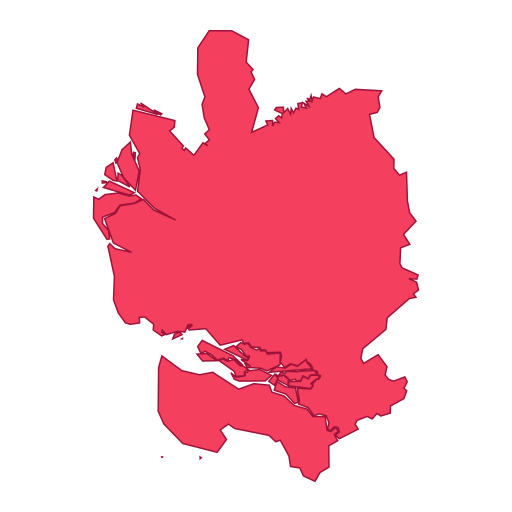 Kubu Raya, Kalimantan Barat, Indonesia
{"feature_id": "22746128B69090577702614", "entity_name": "Kubu Raya", "entity_type": "district", "adm_level": 2, "iso_a3": "IDN", "parent_name": "Indonesia", "parent_adm1": "Kalimantan Barat", "projection": "albers", "projection_center": [109.326, -0.379], "detail": "fine", "context": "isolated", "style": "filled", "palette": "rose", "viewbox_px": 512, "rotation_deg": 0, "n_neighbors": 0, "source": "geoboundaries", "source_scale": "gbopen_adm2", "svg_char_len": 6122}
<svg xmlns="http://www.w3.org/2000/svg" viewBox="0 0 512 512"><path d="M404.0,388.3L407.2,381.8L404.8,376.9L393.6,381.2L388.5,379.3L385.1,374.9L387.0,366.7L378.1,354.7L363.6,363.4L360.8,358.4L362.8,348.7L385.9,329.4L387.2,317.8L409.4,298.5L416.0,297.3L413.4,293.9L418.5,290.0L416.6,282.2L408.9,278.7L416.9,279.1L418.1,275.0L402.3,268.0L399.9,263.8L400.6,247.9L409.8,244.3L403.5,234.4L416.0,221.2L409.7,212.7L407.4,201.1L406.5,172.2L399.5,175.2L393.8,168.4L394.0,159.2L374.1,137.6L369.5,114.4L377.2,112.4L379.9,107.6L378.2,96.7L381.7,90.8L355.3,89.3L345.9,93.9L339.3,88.4L326.4,96.7L322.0,93.8L320.1,98.6L313.5,97.0L312.1,101.0L311.1,95.6L309.8,99.4L306.9,98.3L310.1,101.3L306.1,101.2L309.0,106.2L303.7,103.1L306.4,108.2L301.5,106.9L302.2,102.8L297.9,103.5L298.7,109.4L296.0,108.1L293.5,112.9L291.2,108.5L290.6,114.3L287.7,108.6L283.8,112.6L283.3,107.2L276.3,107.5L274.6,109.9L282.2,113.5L281.6,118.0L278.7,115.8L275.5,118.6L279.3,122.7L274.6,122.2L272.6,126.1L272.6,120.5L265.9,121.0L267.8,124.9L251.6,132.4L258.4,107.7L248.9,89.2L254.6,79.4L251.0,72.0L253.0,69.6L246.2,62.1L248.6,39.8L231.7,30.8L209.2,30.7L197.8,47.9L197.5,74.4L204.9,96.9L202.1,104.4L204.2,117.8L209.3,129.7L204.7,134.0L209.4,139.8L205.2,143.3L207.7,146.0L203.0,142.7L193.9,155.3L185.6,147.9L184.4,150.3L182.0,148.6L183.3,145.9L169.6,130.9L174.3,127.2L174.9,120.6L133.0,110.2L129.4,135.2L139.7,153.6L137.5,157.6L140.3,169.6L137.6,191.2L154.4,208.2L175.7,220.1L153.4,209.8L143.4,199.5L134.1,203.5L120.2,205.8L115.4,213.4L104.6,218.6L113.4,243.0L131.6,252.4L115.1,248.7L109.7,243.6L107.9,246.2L114.4,276.3L113.5,299.8L118.3,313.0L125.4,322.8L130.3,324.3L139.6,322.9L139.4,317.3L144.6,317.0L153.7,324.2L153.2,330.0L161.7,335.9L164.7,334.6L161.7,332.1L162.3,330.2L166.4,334.6L177.6,331.3L184.9,332.1L188.0,324.9L191.3,324.4L191.9,324.8L191.7,325.9L188.4,328.5L189.3,330.0L205.8,328.7L220.2,345.2L241.8,339.9L243.9,343.2L248.7,342.9L251.6,347.0L259.9,347.5L260.9,349.9L265.7,350.0L267.0,352.7L280.5,352.2L281.6,356.6L280.1,361.9L284.6,367.5L290.5,363.7L297.5,365.8L306.3,359.4L306.8,361.7L309.9,363.6L312.8,367.9L312.4,369.0L310.0,369.9L314.1,370.2L317.6,371.8L317.2,372.9L317.6,374.0L317.3,374.8L320.4,375.5L320.2,376.9L318.6,379.4L316.2,379.6L313.4,383.0L311.6,383.7L312.9,384.7L313.2,385.7L310.7,389.1L297.3,388.1L299.4,400.6L298.6,404.1L308.0,407.6L314.2,415.8L319.0,413.9L326.2,415.7L329.0,423.0L327.4,429.1L330.6,430.5L334.3,426.7L338.0,427.5L339.4,432.0L335.3,435.0L339.3,438.7L358.2,429.1L355.1,424.2L357.2,420.3L367.0,416.5L372.2,418.9L377.0,413.5L380.8,416.0L390.3,413.1L390.5,406.0L403.9,398.6L406.7,390.7L404.0,388.3ZM161.9,356.0L158.6,367.4L158.2,411.2L163.9,424.0L182.8,443.5L217.1,452.3L226.5,439.5L220.2,429.9L228.5,424.1L234.7,428.5L269.0,435.4L275.7,441.7L280.3,440.2L289.0,456.3L290.5,466.5L299.9,468.0L303.4,475.9L315.0,481.3L320.0,472.5L329.0,467.1L328.8,445.8L337.7,440.7L334.2,434.5L338.6,431.0L335.5,427.5L330.8,431.5L327.0,430.3L325.2,416.6L313.0,416.6L307.1,409.2L293.9,405.3L283.9,395.9L271.9,392.2L269.3,385.2L253.8,383.7L238.7,389.2L212.7,372.3L199.5,374.8L181.8,370.6L161.9,356.0ZM118.1,193.0L105.0,194.6L98.7,199.3L93.8,197.0L93.5,218.2L106.9,239.2L109.7,239.0L108.5,230.4L102.5,223.4L102.5,217.1L114.4,212.6L120.0,205.1L134.1,203.2L141.5,198.9L135.9,194.9L129.4,196.1L118.1,193.0ZM244.5,344.3L240.8,342.6L235.7,347.0L241.4,349.4L246.2,356.3L249.3,356.1L249.2,358.0L247.3,360.6L240.8,359.4L249.7,365.6L250.0,366.0L250.1,367.6L260.8,368.2L266.9,370.9L280.0,364.8L280.2,353.0L267.4,354.1L265.5,350.7L260.5,350.9L259.6,348.2L256.7,350.1L251.0,347.5L247.8,343.4L244.5,344.3ZM139.2,170.9L131.7,154.1L130.4,142.0L122.0,149.8L117.0,162.5L123.8,177.9L135.5,190.3L139.2,170.9ZM202.2,340.4L197.7,346.6L200.8,353.2L205.4,351.3L211.9,355.0L217.1,360.0L223.3,358.2L227.9,360.6L228.9,358.0L229.8,357.9L234.3,359.4L239.1,362.6L240.6,365.5L242.3,364.6L232.8,355.7L202.2,340.4ZM259.7,369.5L249.1,370.8L247.6,369.6L247.7,372.0L247.4,372.4L244.4,372.4L245.3,374.6L244.5,375.9L237.0,377.2L235.3,376.8L230.9,372.7L234.3,379.2L239.4,381.1L265.3,380.9L271.5,375.4L259.7,369.5ZM314.4,370.5L302.7,371.0L297.5,371.7L287.0,371.3L284.9,373.2L280.9,372.3L278.4,375.6L284.2,375.0L288.5,378.6L289.1,380.4L295.4,379.3L296.6,381.1L300.8,380.6L302.9,375.9L308.5,378.5L309.7,375.8L310.6,375.0L317.4,374.2L314.4,370.5ZM285.6,386.9L277.0,381.5L274.2,390.2L286.0,394.1L294.5,403.4L298.5,402.3L295.4,388.0L285.6,386.9ZM233.7,359.6L227.7,361.3L222.2,358.8L219.2,360.6L234.4,371.5L235.8,376.5L244.5,375.6L244.4,371.9L247.7,369.4L249.4,370.4L243.2,366.0L240.2,365.9L233.7,359.6ZM312.2,368.8L307.1,362.6L306.0,359.7L297.5,366.3L291.0,364.2L285.3,368.1L276.7,366.9L269.0,372.3L312.2,368.8ZM134.4,192.7L109.4,181.1L103.4,187.5L129.5,195.1L134.4,192.7ZM318.3,375.2L310.8,375.3L308.5,378.9L302.9,376.6L300.7,381.3L288.4,381.7L288.8,385.8L310.7,388.5L312.9,385.4L310.8,383.5L316.0,379.3L319.3,378.2L318.3,375.2ZM233.6,345.5L224.7,349.3L247.3,360.3L248.6,356.9L245.6,356.8L233.6,345.5ZM116.9,181.0L113.1,162.8L106.2,167.4L104.7,174.6L113.2,180.4L116.9,181.0ZM140.6,103.0L144.0,107.1L137.5,103.9L136.3,108.3L157.8,114.5L140.6,103.0ZM206.6,353.5L197.0,354.1L202.6,361.0L216.9,360.7L206.6,353.5ZM129.9,187.0L121.8,175.3L118.1,173.2L117.7,180.5L129.9,187.0ZM278.8,376.5L275.6,374.0L277.8,376.4L278.1,380.2L287.9,385.4L288.4,379.1L283.6,375.3L278.8,376.5ZM274.5,385.3L277.9,378.5L274.9,374.1L268.7,381.3L274.5,385.3ZM179.2,332.1L174.5,334.1L172.8,338.9L182.1,334.6L179.2,332.1ZM245.2,364.0L247.1,367.5L249.7,367.7L249.6,365.7L245.2,364.0ZM135.0,158.0L135.3,152.8L133.6,152.3L133.2,154.4L135.0,158.0ZM115.9,162.8L117.6,160.1L116.6,157.9L114.8,159.8L115.9,162.8ZM191.5,325.9L188.4,325.1L188.1,327.8L191.5,325.9ZM102.2,180.9L102.3,183.1L106.6,182.5L106.6,181.8L102.2,180.9ZM159.4,114.3L158.4,112.1L155.4,110.8L157.5,113.4L159.4,114.3ZM160.8,114.8L161.8,113.7L159.5,112.6L160.8,114.8ZM96.8,190.9L97.3,188.9L95.7,190.5L96.8,190.9ZM163.2,456.6L161.6,457.0L161.7,457.3L163.2,456.6ZM201.2,457.7L200.1,457.0L200.2,458.6L201.2,457.7ZM154.7,110.9L155.1,110.5L153.8,110.0L154.7,110.9ZM182.5,338.9L182.5,338.5L181.9,338.8L182.5,338.9Z" fill="#f43f5e" stroke="#9f1239" stroke-width="1.5"/></svg>